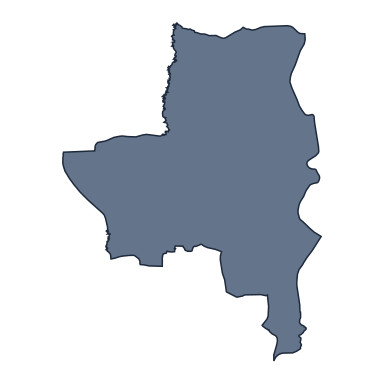 outline of Khukhan, Si Sa Ket, Thailand
{"feature_id": "78962969B84940154161268", "entity_name": "Khukhan", "entity_type": "district", "adm_level": 2, "iso_a3": "THA", "parent_name": "Thailand", "parent_adm1": "Si Sa Ket", "projection": "mercator", "projection_center": [104.145, 14.701], "detail": "fine", "context": "isolated", "style": "filled", "palette": "slate", "viewbox_px": 384, "rotation_deg": 0, "n_neighbors": 0, "source": "geoboundaries", "source_scale": "gbopen_adm2", "svg_char_len": 5884}
<svg xmlns="http://www.w3.org/2000/svg" viewBox="0 0 384 384"><path d="M111.0,259.0L114.8,258.2L119.4,256.7L122.5,256.1L129.5,255.4L133.9,255.3L135.3,256.1L138.8,258.8L140.0,261.4L139.9,263.8L140.3,264.6L143.6,264.8L149.0,265.9L162.3,266.3L162.3,257.7L162.8,255.0L163.4,253.8L166.3,253.2L167.1,251.2L168.6,251.7L171.8,252.0L174.6,251.7L174.7,249.8L175.6,248.7L175.4,248.5L174.7,249.0L174.4,248.7L175.3,246.0L183.0,246.2L183.4,247.4L184.5,248.4L184.8,249.8L185.7,250.5L187.7,251.3L190.8,251.3L191.8,251.0L192.1,250.5L192.8,248.1L193.8,246.5L196.2,246.3L201.0,244.3L201.8,244.5L204.0,246.1L207.5,247.6L215.2,249.3L220.9,251.4L221.5,251.7L220.4,255.9L220.3,259.9L222.4,273.2L224.7,279.9L226.4,291.7L226.6,292.0L236.4,297.0L237.2,297.1L242.4,296.1L244.8,294.9L260.8,294.6L265.9,295.7L267.4,295.1L268.6,306.5L268.1,316.0L267.0,319.1L262.1,325.3L263.0,326.4L266.4,328.9L267.5,329.3L268.2,330.1L268.9,329.9L269.5,331.5L272.0,333.8L275.6,335.7L277.1,337.8L277.4,340.7L276.9,344.0L273.8,355.0L273.8,361.0L274.6,359.2L276.1,356.7L278.8,354.5L281.4,353.4L283.2,353.1L292.6,352.9L296.5,351.3L300.5,348.7L300.5,346.5L301.2,345.8L301.4,345.2L301.3,344.4L300.1,342.3L300.8,339.9L300.9,338.0L298.9,336.3L298.9,335.5L299.7,334.9L300.5,334.9L303.2,332.6L304.0,331.1L305.6,329.7L306.2,328.8L305.6,327.9L305.8,327.6L305.0,327.0L304.1,326.8L304.0,326.1L302.4,325.2L301.4,325.1L299.5,322.6L299.8,319.6L300.6,317.5L300.6,314.1L300.5,312.1L300.0,312.0L299.7,304.5L296.8,285.3L296.8,281.6L297.5,274.0L299.1,269.4L302.3,265.2L303.6,262.8L307.0,257.5L312.2,250.6L321.2,236.5L314.1,232.1L309.3,227.9L302.8,221.6L301.1,220.3L299.6,218.7L298.1,213.3L298.0,210.4L299.1,204.5L300.8,200.9L303.6,196.5L305.8,191.2L306.7,189.7L309.8,185.2L311.2,184.3L313.6,183.4L317.6,182.6L318.6,181.2L319.3,179.5L319.6,178.0L319.4,176.1L317.4,172.8L316.0,169.7L315.2,169.2L311.9,168.9L309.5,168.0L307.8,166.4L306.8,163.7L307.1,162.2L307.8,161.2L309.1,160.0L316.0,155.5L318.4,152.9L318.8,151.4L318.4,146.2L314.6,122.8L314.0,116.4L313.4,115.1L312.2,114.5L308.7,115.3L306.4,115.1L304.7,114.0L302.2,110.6L299.5,106.2L297.1,99.8L292.0,88.2L289.9,82.0L290.4,77.2L291.3,73.6L295.3,64.7L300.2,50.9L304.2,44.0L305.2,39.4L304.8,33.8L300.0,33.5L298.1,32.4L292.7,27.3L290.6,26.3L287.4,25.7L264.2,26.6L260.5,27.5L255.7,29.5L252.1,30.1L248.6,29.1L246.5,29.1L243.1,27.3L240.4,29.8L235.0,32.1L225.9,37.6L224.2,38.2L222.7,38.2L219.7,37.2L216.1,35.5L209.2,35.6L205.0,34.1L200.5,33.9L196.8,32.6L194.7,32.3L194.3,30.8L191.7,30.0L190.4,29.1L189.4,29.1L188.4,29.6L186.9,28.9L182.5,28.2L182.0,27.6L182.0,27.0L179.8,25.3L178.0,24.6L177.8,23.9L176.9,23.0L176.0,23.7L176.1,24.2L176.7,24.4L176.7,24.6L175.3,25.0L175.5,25.9L174.2,24.9L174.0,24.3L173.7,24.3L173.1,25.1L173.8,25.0L174.4,26.3L173.9,27.1L174.5,27.2L175.2,26.9L175.0,28.2L175.6,28.6L173.4,29.8L173.9,30.2L173.4,31.9L173.3,34.2L174.0,34.7L174.1,35.2L173.3,35.1L172.1,35.6L171.6,36.4L172.2,36.8L173.0,38.7L172.5,39.3L172.5,39.9L174.5,40.4L174.7,40.7L174.4,41.8L172.8,42.2L173.7,42.5L172.9,42.9L172.5,43.8L172.7,44.5L172.4,45.4L171.8,46.2L172.6,46.3L173.2,45.3L173.4,45.3L173.6,46.0L173.3,47.1L173.6,48.4L174.7,50.0L175.5,50.7L176.2,52.2L176.2,52.6L175.4,53.4L174.8,55.2L175.3,55.9L176.1,55.9L176.1,56.7L175.1,57.6L174.5,57.5L174.2,58.6L173.6,59.1L176.0,59.6L176.6,60.7L176.0,61.1L175.0,60.1L174.5,60.2L175.1,61.9L174.7,62.2L173.7,61.9L173.4,62.0L172.3,63.1L172.0,64.6L170.6,65.8L170.3,66.9L169.6,66.6L169.0,67.2L168.5,66.6L167.9,67.8L168.1,68.2L169.3,69.0L169.1,69.7L168.0,69.7L167.8,69.9L169.3,70.1L168.9,70.9L169.2,71.4L168.5,71.9L169.0,72.3L169.1,73.2L169.4,73.3L169.7,72.9L170.4,74.0L169.7,74.6L169.2,74.6L169.9,75.4L169.9,76.6L170.3,77.1L169.9,78.1L169.2,78.3L170.0,79.8L169.4,80.5L168.2,80.0L168.0,80.6L168.4,81.5L167.8,81.9L168.3,82.6L169.4,83.2L169.2,83.4L168.3,83.4L168.9,84.4L168.5,85.6L168.9,86.1L168.2,86.8L167.7,86.7L167.6,87.3L167.9,87.7L166.6,87.8L167.8,89.0L167.7,89.3L167.1,89.3L166.9,90.4L167.4,90.7L167.6,91.7L167.3,92.0L166.0,91.5L166.1,92.2L167.0,92.4L165.7,92.8L165.3,93.3L165.8,94.2L166.2,94.3L165.8,95.1L165.3,95.2L164.1,94.8L164.2,95.5L163.3,95.7L162.5,96.5L163.5,96.6L163.7,97.2L164.1,96.7L163.7,96.2L163.9,96.0L164.5,97.1L165.2,97.8L165.0,98.0L163.5,98.0L163.0,98.6L163.9,99.4L164.5,99.2L164.8,98.5L165.1,98.6L164.8,99.5L162.9,100.6L162.9,101.8L163.1,101.9L163.5,101.4L164.0,102.1L164.7,101.7L164.8,102.2L164.1,102.4L164.7,103.0L164.3,104.7L163.5,105.2L163.6,105.9L163.2,106.4L165.1,108.4L164.9,108.6L164.5,108.2L163.6,108.4L163.5,108.9L164.2,108.9L165.0,109.4L162.8,111.4L162.5,113.4L162.8,116.2L163.3,117.0L164.4,117.3L164.9,118.0L165.6,117.9L165.2,118.7L166.2,120.4L164.0,122.3L166.9,123.0L167.2,124.2L167.8,125.0L166.7,126.6L167.3,126.9L168.5,128.5L168.9,130.0L169.2,130.1L168.6,130.5L168.2,131.8L167.0,131.2L165.4,131.4L165.2,132.2L166.2,133.0L165.9,133.7L166.0,134.5L164.4,134.4L164.3,135.2L163.8,135.4L163.3,135.1L163.2,134.2L162.9,134.1L162.2,134.7L162.1,135.2L160.7,136.0L159.8,136.1L146.6,134.4L143.0,134.9L135.8,136.9L127.8,136.6L122.3,136.0L119.4,136.3L113.9,137.4L105.6,141.0L97.6,142.5L95.8,144.5L95.2,146.1L94.7,150.9L63.5,152.2L63.1,154.4L63.3,155.8L63.0,156.7L62.8,163.1L63.5,166.4L65.0,171.1L69.2,178.1L73.4,183.9L80.2,192.2L88.5,200.5L102.7,213.2L104.3,215.1L105.6,218.6L107.5,227.0L107.7,229.9L106.9,230.5L108.3,231.0L108.2,231.4L106.8,231.6L107.1,231.9L108.0,231.8L108.0,232.2L107.4,232.3L108.2,233.3L107.5,234.0L108.5,233.9L109.0,234.4L109.8,233.6L110.1,233.9L109.4,235.1L108.9,236.8L108.4,237.0L109.0,237.3L109.0,237.8L108.4,237.7L108.0,238.7L108.4,239.0L109.0,238.6L109.2,238.9L108.7,239.3L108.7,239.8L108.2,239.7L108.2,241.1L107.7,241.6L107.2,241.4L107.0,241.6L107.0,244.2L106.6,244.6L106.4,245.3L106.6,245.6L105.9,246.2L106.5,246.8L106.2,247.3L106.6,248.2L107.5,247.9L107.7,248.2L106.1,249.7L106.7,249.9L106.9,250.4L107.3,250.5L107.5,251.4L108.0,251.4L110.1,253.7L110.5,254.6L111.0,259.0Z" fill="#64748b" stroke="#1e293b" stroke-width="1.5"/></svg>